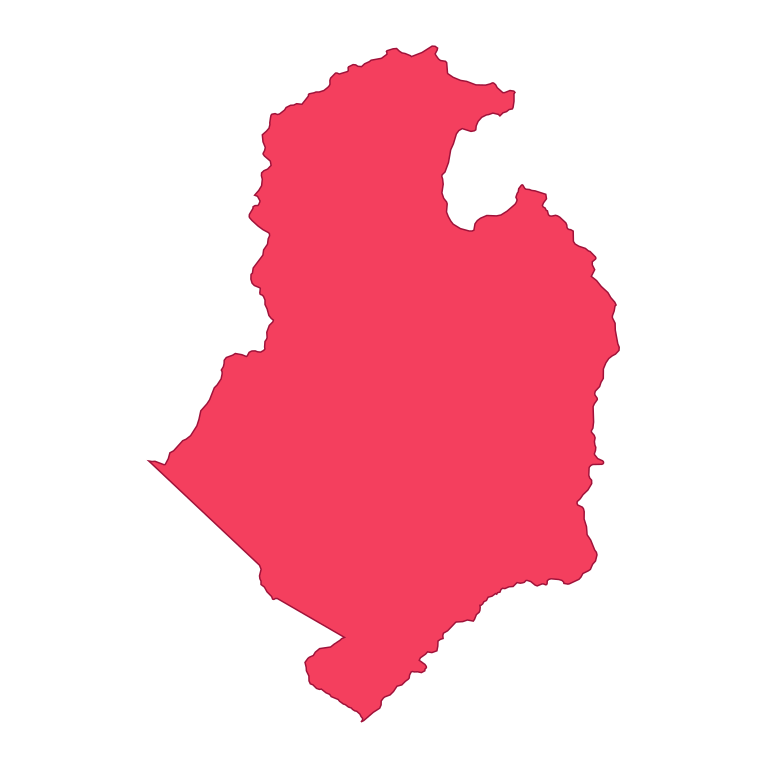 outline of Candarave, Tacna, Peru
{"feature_id": "86281439B21973804686801", "entity_name": "Candarave", "entity_type": "district", "adm_level": 2, "iso_a3": "PER", "parent_name": "Peru", "parent_adm1": "Tacna", "projection": "albers", "projection_center": [-70.288, -17.116], "detail": "fine", "context": "isolated", "style": "filled", "palette": "rose", "viewbox_px": 768, "rotation_deg": 0, "n_neighbors": 0, "source": "geoboundaries", "source_scale": "gbopen_adm2", "svg_char_len": 6065}
<svg xmlns="http://www.w3.org/2000/svg" viewBox="0 0 768 768"><path d="M547.4,210.8L546.3,210.4L545.0,207.9L543.2,207.0L542.4,205.4L543.6,202.7L546.5,198.8L545.8,194.3L535.2,190.9L531.6,190.4L529.4,189.5L525.9,189.2L524.7,188.3L522.9,185.2L522.1,184.8L521.2,185.4L518.7,188.7L518.2,191.9L517.2,193.3L515.9,197.2L517.1,199.9L516.3,202.3L515.0,204.3L507.0,211.2L500.9,215.0L496.5,215.9L486.8,215.5L480.5,218.2L477.3,220.6L475.0,223.8L473.9,230.2L472.1,231.0L469.2,231.0L460.4,228.6L453.2,224.2L450.8,221.1L448.3,216.6L446.5,212.0L447.2,203.9L446.6,202.0L443.7,198.3L441.9,192.9L443.2,184.2L442.6,178.9L441.8,176.4L442.1,174.8L445.0,172.0L448.5,162.5L450.7,149.8L453.4,143.8L456.4,133.9L458.8,130.6L462.2,128.6L471.0,131.4L474.3,130.8L475.8,129.8L476.2,125.9L478.1,121.4L481.7,117.3L486.5,114.9L488.6,114.6L492.9,113.1L498.4,114.4L499.9,115.9L503.0,112.8L506.6,111.6L509.0,109.6L512.4,108.9L513.1,107.3L514.0,101.3L514.0,93.8L515.0,92.4L513.8,91.1L510.0,90.5L504.7,92.6L502.9,92.7L497.2,87.7L495.6,84.7L493.6,83.0L492.3,82.9L490.2,83.9L485.6,85.1L475.9,84.9L466.7,81.4L460.6,80.4L453.1,77.3L448.0,73.8L447.5,73.0L446.7,62.7L445.5,61.3L440.5,60.5L438.5,59.0L435.6,54.9L435.2,53.8L437.2,50.0L437.6,48.1L435.1,46.3L432.1,46.1L422.0,52.5L411.4,56.6L410.5,55.7L405.1,53.5L402.0,52.9L399.4,51.2L396.6,48.5L393.1,48.8L387.0,50.7L386.4,51.5L386.9,52.5L386.9,54.3L381.5,58.3L371.1,60.2L369.4,61.6L364.6,63.8L361.6,66.6L357.8,66.3L355.8,64.9L353.1,64.6L348.6,66.8L348.1,67.7L348.3,70.7L347.3,71.6L339.3,74.0L336.9,73.0L335.5,73.1L330.6,78.1L329.9,80.4L330.0,84.2L329.3,85.7L327.9,87.3L323.9,90.5L319.2,92.0L316.0,92.0L314.0,92.8L309.2,93.8L308.5,94.5L308.4,96.1L301.9,104.3L296.6,103.7L293.7,105.1L290.5,105.3L286.1,107.5L284.6,110.0L279.5,114.0L277.4,114.5L275.1,113.6L271.9,114.2L271.0,115.3L270.5,117.8L269.8,122.7L269.9,124.6L269.0,128.2L266.4,131.2L262.3,134.8L263.0,141.8L265.3,147.5L264.6,150.5L263.1,153.4L263.2,154.3L264.5,156.1L270.3,161.1L271.1,165.4L267.6,169.1L263.9,170.7L261.6,172.9L261.4,175.7L262.3,179.2L261.6,185.7L258.7,190.5L254.6,195.2L257.5,196.3L260.0,200.9L259.8,202.0L258.7,204.5L257.9,205.5L255.0,205.6L253.1,206.7L252.9,208.5L249.4,214.4L249.2,216.4L249.5,217.6L251.9,220.4L258.0,226.0L263.0,229.7L268.4,232.6L269.4,233.6L269.6,235.8L268.2,238.8L267.5,244.2L263.6,249.9L262.9,255.1L253.2,268.0L252.4,273.2L251.1,274.3L251.0,275.1L250.9,279.2L252.1,283.2L254.3,285.5L259.8,287.8L260.3,288.4L259.8,292.9L260.2,294.3L262.2,295.1L263.5,296.4L264.4,298.6L265.0,300.0L265.0,304.5L267.1,308.9L268.9,315.5L271.3,318.5L273.4,320.1L272.9,321.8L269.3,325.4L266.8,332.2L267.1,337.6L266.5,339.3L265.0,341.4L264.6,347.0L264.9,349.0L263.7,350.4L260.6,352.1L257.6,351.8L255.2,350.9L251.9,351.0L250.3,351.7L249.1,352.4L247.3,355.8L246.3,356.5L241.9,354.7L235.3,353.5L232.6,355.2L226.3,357.5L224.2,360.3L224.1,363.5L223.4,366.6L221.3,370.1L222.1,371.7L222.1,374.0L221.1,378.9L217.1,385.0L214.3,387.8L209.6,399.8L206.9,403.9L200.8,410.8L199.0,419.2L196.9,425.8L190.6,435.7L186.1,439.2L182.7,440.7L173.6,450.8L169.9,452.8L168.3,458.7L165.2,464.5L164.0,464.7L155.0,461.3L152.0,461.5L148.8,461.0L259.5,565.2L261.1,569.3L259.5,575.9L259.9,578.8L261.0,581.1L261.0,584.5L264.4,587.1L267.0,591.8L271.6,596.5L272.6,599.1L273.8,599.4L275.5,598.5L277.3,598.5L344.5,637.4L341.6,638.7L340.1,640.2L334.2,644.1L330.6,647.0L319.6,648.6L315.3,652.2L313.3,655.5L309.4,657.2L307.9,658.4L305.0,662.4L306.2,667.4L306.4,670.8L308.9,676.0L309.0,680.9L310.3,683.8L312.9,684.8L316.5,688.4L319.4,689.4L321.4,689.1L326.0,692.8L329.7,694.4L331.2,696.6L338.2,699.5L339.6,701.3L343.3,704.0L345.3,704.6L348.4,707.0L351.5,708.1L352.4,709.3L354.7,710.8L356.7,711.3L359.9,714.1L361.1,716.6L362.6,718.4L362.5,720.1L361.0,721.9L363.7,720.6L373.3,712.3L379.7,708.2L381.1,704.9L381.2,701.0L383.5,697.9L384.8,696.9L390.1,694.9L393.5,691.5L397.0,686.2L401.8,684.9L405.3,681.4L408.4,679.1L409.2,678.0L409.6,675.0L411.2,671.9L412.5,671.5L414.2,671.9L417.7,671.8L421.4,672.6L424.8,670.8L425.0,669.1L426.4,667.7L426.3,666.4L424.9,664.4L419.2,660.3L420.4,657.8L425.6,654.1L427.5,651.9L431.9,652.6L436.9,650.8L437.8,646.2L438.0,641.1L440.3,639.4L443.1,638.5L442.8,635.7L443.4,633.2L447.6,630.8L455.6,622.4L456.3,622.0L462.8,621.6L467.4,620.0L473.3,621.1L474.5,619.4L476.4,614.6L479.2,612.2L479.9,610.5L480.2,607.6L479.9,605.4L480.7,605.5L482.6,604.0L483.9,601.7L486.4,600.5L488.1,597.2L492.0,596.2L495.5,593.6L496.7,594.2L497.5,592.7L500.0,592.1L500.9,589.6L502.5,588.3L504.9,588.6L509.0,586.8L513.1,586.5L517.0,582.6L520.3,583.2L522.7,582.8L524.3,582.3L526.0,580.5L527.1,580.4L530.7,581.5L535.1,585.1L537.2,585.9L542.1,583.9L543.7,584.0L545.6,584.8L546.6,584.6L547.1,583.6L547.3,580.7L548.8,579.4L551.1,578.8L558.8,579.5L561.9,580.4L563.6,582.0L563.9,583.4L567.9,584.1L569.4,583.8L579.0,579.3L580.9,577.2L582.9,573.5L588.4,570.8L590.4,569.4L592.6,564.3L595.5,561.0L597.0,554.9L596.4,552.3L594.7,550.0L590.7,540.1L587.1,534.7L586.5,526.7L584.1,519.0L584.2,511.7L583.5,508.8L582.4,507.2L577.6,504.9L577.0,503.1L577.3,501.5L580.2,498.8L583.0,494.7L587.9,490.0L591.7,483.6L591.6,480.2L589.7,478.0L588.8,475.3L589.1,467.9L589.5,466.9L590.9,465.4L592.7,464.5L601.9,464.3L603.0,463.8L603.6,462.9L603.4,461.7L602.6,460.8L597.7,458.6L594.6,454.7L594.4,453.7L595.5,450.4L595.8,447.3L594.9,445.1L594.4,441.5L595.1,437.9L594.2,435.3L591.5,432.2L591.4,430.7L592.9,428.1L593.6,422.0L593.1,406.6L594.4,403.7L597.3,399.6L597.2,398.2L595.0,395.1L594.7,393.5L595.3,391.2L599.6,386.6L601.0,382.3L603.3,378.4L603.4,368.9L605.9,362.8L608.8,358.5L612.3,355.8L615.5,354.1L619.0,350.4L619.2,347.2L617.8,343.8L615.3,330.2L615.1,323.2L612.4,317.8L612.4,315.9L614.2,310.9L615.0,306.1L616.1,305.0L614.8,302.2L610.8,297.6L607.9,292.6L601.2,286.4L596.6,280.6L591.3,276.4L594.7,269.7L592.3,264.9L592.3,261.8L595.6,259.0L595.9,258.1L595.5,257.0L590.1,251.5L588.4,250.9L585.4,248.4L578.8,246.2L575.1,244.0L573.4,241.4L573.2,231.1L570.8,229.7L568.8,229.4L567.7,228.7L567.0,227.5L566.8,225.1L565.8,222.8L559.8,217.2L557.6,215.9L555.6,215.3L551.7,216.1L549.8,215.9L548.4,214.7L547.4,210.8Z" fill="#f43f5e" stroke="#9f1239" stroke-width="1.5"/></svg>